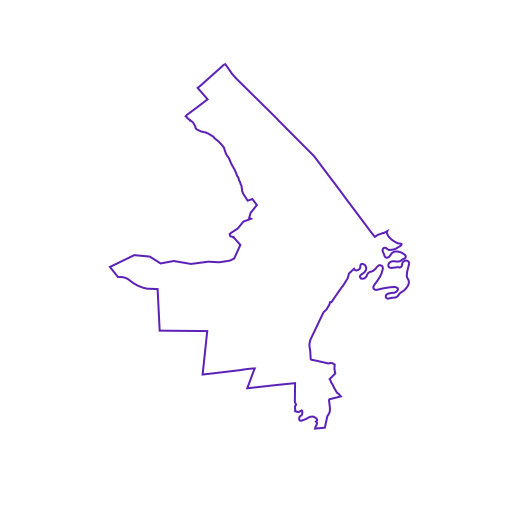 Gradistea, Braila, Romania (Natural Earth projection), rotated 332°
{"feature_id": "2599482B92536621414341", "entity_name": "Gradistea", "entity_type": "district", "adm_level": 2, "iso_a3": "ROU", "parent_name": "Romania", "parent_adm1": "Braila", "projection": "natural_earth1", "projection_center": [27.399, 45.269], "detail": "fine", "context": "isolated", "style": "outline", "palette": "violet", "viewbox_px": 512, "rotation_deg": 332, "n_neighbors": 0, "source": "geoboundaries", "source_scale": "gbopen_adm2", "svg_char_len": 6151}
<svg xmlns="http://www.w3.org/2000/svg" viewBox="0 0 512 512"><g transform="rotate(332 256 256)"><path d="M383.6,295.7L379.5,295.7L379.2,295.4L378.9,295.3L378.4,295.3L373.4,294.5L370.0,294.9L369.9,294.9L368.7,288.3L363.2,253.1L359.2,226.6L359.0,226.1L354.8,199.1L354.2,195.7L354.3,195.6L339.5,146.9L338.8,144.1L322.0,90.5L320.9,86.2L320.3,83.5L320.1,81.3L319.2,74.2L318.9,72.2L317.6,72.1L316.9,72.2L286.7,79.6L283.4,80.2L285.5,89.2L286.8,94.9L274.2,97.0L261.0,99.0L259.5,99.7L259.7,100.1L260.1,101.0L260.2,101.4L260.2,101.6L260.2,101.9L260.3,102.4L260.8,103.6L261.4,104.5L261.6,104.9L261.5,105.0L261.4,105.1L261.2,105.2L261.2,105.4L261.8,105.9L262.0,106.1L262.3,106.6L262.8,107.9L263.1,108.8L263.2,110.2L263.2,112.4L263.2,113.2L263.1,113.5L262.8,114.5L262.7,114.8L262.8,115.4L262.9,115.8L263.2,116.5L263.6,117.1L266.0,120.3L266.9,121.1L267.2,121.3L267.9,122.0L269.2,123.0L269.8,123.5L270.6,124.7L271.5,125.7L271.8,126.3L272.3,127.2L273.6,129.4L274.1,130.1L274.4,130.8L274.5,131.2L274.5,131.8L274.9,133.0L275.4,134.3L276.0,135.5L276.5,136.9L276.8,137.5L277.0,138.3L277.4,139.8L277.6,140.3L278.1,142.7L278.4,144.1L278.6,145.3L278.3,146.8L278.2,147.3L277.9,148.7L277.5,152.1L277.5,153.1L277.5,153.8L277.6,154.3L277.8,155.1L278.0,156.2L278.0,157.3L277.9,157.9L277.9,158.8L277.6,161.2L277.6,162.1L277.5,163.0L277.5,165.2L277.6,168.3L277.6,168.8L277.7,169.3L277.6,170.3L277.4,173.2L277.2,175.0L277.0,175.5L277.0,176.0L277.0,176.8L277.0,177.3L277.2,177.7L277.2,178.6L277.1,179.0L276.8,180.5L276.6,181.2L276.6,182.4L276.6,182.7L276.6,183.3L276.6,183.6L276.2,185.0L276.1,187.3L275.9,187.8L275.4,189.1L275.2,190.0L274.9,190.8L274.3,191.8L274.2,192.1L274.2,192.7L274.2,193.5L274.1,193.8L273.9,194.5L274.3,199.3L274.6,203.2L278.1,203.8L279.5,203.9L280.7,211.4L271.5,215.4L267.9,219.1L269.0,220.8L261.0,219.7L253.0,223.1L244.0,224.0L243.0,224.3L242.6,226.5L245.1,228.8L244.8,229.2L245.1,229.4L247.4,238.9L235.5,248.0L230.6,247.8L220.4,244.2L211.4,238.7L194.9,232.5L181.0,221.8L168.3,217.8L161.9,206.6L148.9,198.1L121.9,197.1L124.3,209.8L128.1,211.9L130.6,214.1L132.1,216.3L134.8,222.0L137.6,226.6L141.3,230.9L144.3,233.6L148.4,236.0L152.7,238.5L153.6,239.0L135.9,276.7L177.7,299.4L153.2,335.6L163.9,339.8L189.9,349.9L190.3,349.9L196.5,352.2L201.0,354.1L202.1,354.7L200.0,356.4L186.2,368.7L195.3,372.3L213.7,379.6L230.8,386.6L221.9,402.9L221.6,405.1L221.6,406.1L220.0,407.0L219.3,408.0L218.5,409.8L218.2,410.7L217.7,411.2L217.8,411.7L218.6,412.1L219.0,412.8L220.3,413.8L221.1,413.9L222.5,413.7L223.9,413.8L224.1,414.3L223.8,415.2L223.2,416.4L221.9,417.8L221.4,418.0L219.7,418.2L218.6,418.7L217.8,419.8L217.3,421.0L217.6,422.0L218.4,422.6L219.7,422.9L222.9,423.3L224.6,423.4L226.6,423.3L228.2,423.4L229.6,423.9L230.8,424.5L231.7,425.3L232.4,426.5L233.0,427.8L233.1,428.6L233.0,429.6L232.3,430.1L231.2,430.3L231.5,432.2L230.1,433.6L228.4,434.7L227.1,436.1L236.1,439.9L236.8,439.2L243.9,430.8L244.6,430.5L245.6,430.0L247.5,428.6L248.3,427.7L249.1,426.5L250.2,424.2L252.8,417.5L253.4,417.0L253.7,417.0L265.0,419.8L264.3,416.8L263.3,414.5L263.2,411.8L263.1,409.4L263.3,405.4L263.0,403.4L263.3,400.9L263.2,399.3L270.9,396.9L271.0,396.3L272.1,392.8L272.3,392.4L274.5,388.8L273.2,386.6L272.9,386.3L271.6,385.5L270.3,385.1L269.2,384.7L267.6,383.2L265.4,381.3L258.7,375.6L256.3,373.7L255.9,373.0L256.0,372.5L259.2,365.5L261.0,360.4L261.6,359.2L262.3,358.3L263.7,356.5L265.1,355.2L273.1,349.3L283.2,341.8L288.2,338.1L289.2,337.4L293.4,336.2L297.6,333.6L298.7,332.6L299.7,331.5L300.9,332.2L304.8,330.1L317.5,323.6L318.8,323.2L326.6,318.6L329.9,315.1L336.6,313.3L336.6,314.0L336.8,314.7L337.2,315.5L338.2,316.0L339.3,316.2L340.5,316.2L341.7,315.9L342.8,314.9L343.6,313.5L344.6,312.7L345.4,312.6L346.6,313.1L347.2,313.9L347.9,315.0L348.1,316.5L347.7,318.3L346.6,320.0L344.6,321.1L342.9,321.5L339.7,321.9L338.6,322.4L337.9,323.2L338.1,325.2L339.4,326.1L341.1,326.7L342.7,326.3L344.4,325.6L345.9,324.2L347.0,323.8L349.0,323.5L350.9,324.0L352.7,324.1L356.0,323.3L357.4,322.5L358.9,322.2L360.2,322.0L361.1,322.2L361.7,322.8L362.6,324.0L362.7,325.1L362.3,326.1L362.0,326.9L361.1,327.8L359.2,329.8L358.1,330.8L355.4,332.7L353.1,334.0L349.4,335.9L347.0,337.0L345.3,338.2L344.6,339.2L344.6,340.4L345.2,341.6L346.0,342.2L347.4,342.8L352.2,344.0L354.4,344.7L360.6,346.9L363.1,348.1L364.1,348.6L365.1,349.5L365.9,350.8L365.8,352.0L364.6,353.0L362.8,353.5L361.1,353.4L359.4,352.7L358.0,352.1L355.1,351.3L353.7,351.3L353.0,351.4L352.3,351.7L351.6,352.7L351.3,353.3L351.4,354.2L351.7,354.8L352.2,355.4L353.4,356.0L354.4,356.1L356.4,356.7L358.5,357.7L359.8,358.1L360.6,358.2L361.6,358.1L362.4,357.9L363.8,357.3L364.6,356.8L365.6,356.5L367.1,356.2L368.9,356.1L370.5,355.9L373.0,355.2L374.4,354.5L375.6,353.9L376.7,353.2L378.0,352.0L378.9,350.4L379.3,349.1L379.4,348.1L379.3,346.9L379.4,345.6L379.8,344.3L382.1,340.8L386.5,335.9L387.4,334.9L387.8,334.3L388.0,333.6L388.1,332.9L387.9,332.2L387.4,331.3L386.3,330.4L385.3,330.1L384.3,330.1L383.2,330.3L382.0,330.9L381.2,331.8L380.4,332.9L379.6,333.5L378.8,333.8L377.6,333.7L376.7,332.9L375.6,332.3L374.3,331.8L372.2,331.0L370.3,330.3L369.5,329.7L368.9,329.3L368.2,328.5L368.1,327.2L368.4,326.6L368.7,326.0L369.2,325.4L369.9,324.9L370.5,324.6L371.6,324.4L372.2,324.4L373.0,324.5L374.7,325.0L376.1,325.8L376.9,326.5L378.2,327.3L378.9,327.7L380.5,328.1L381.3,328.2L382.3,328.1L383.2,327.8L384.6,327.8L385.3,327.9L386.4,327.9L387.1,327.7L387.4,327.5L387.8,327.0L388.0,326.6L388.2,326.1L388.1,325.2L387.8,324.5L386.5,322.0L385.9,321.2L384.8,319.9L383.6,319.0L382.9,318.4L381.1,317.5L380.2,317.2L378.8,317.1L377.7,317.2L376.9,317.4L374.8,318.5L373.5,319.1L372.6,319.3L371.5,319.2L370.8,319.0L370.3,318.6L369.8,318.0L369.5,317.3L369.6,315.8L369.8,314.7L369.9,313.5L370.0,312.6L370.1,311.4L370.4,310.4L370.8,309.9L371.5,309.2L372.3,308.9L373.0,309.0L373.9,309.3L374.6,310.0L375.2,311.4L375.7,312.4L376.4,313.2L377.0,313.5L380.3,314.8L381.9,315.1L383.3,315.2L385.8,315.0L387.5,315.0L388.9,314.8L389.7,314.4L390.1,313.8L389.9,313.4L389.0,312.7L387.2,311.4L385.5,309.0L384.4,307.1L383.4,305.1L382.7,302.9L382.4,301.9L382.2,300.5L382.2,299.6L382.2,297.9L382.3,297.4L382.6,296.6L383.1,296.1L383.6,295.7Z" fill="none" stroke="#5b21b6" stroke-width="2"/></g></svg>